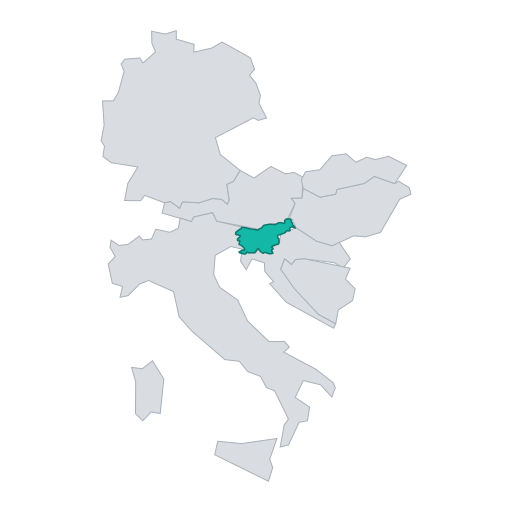 map of Slovenia with Austria, Hungary, Germany and 4 others greyed out
{"feature_id": "SVN", "entity_name": "Slovenia", "entity_type": "country or territory", "adm_level": 0, "iso_a3": "SVN", "parent_name": "Europe", "parent_adm1": "", "projection": "equal_earth", "projection_center": [14.844, 46.146], "detail": "fine", "context": "with_neighbors", "style": "filled", "palette": "teal", "viewbox_px": 512, "rotation_deg": 0, "n_neighbors": 7, "source": "natural_earth", "source_scale": "50m", "svg_char_len": 5070}
<svg xmlns="http://www.w3.org/2000/svg" viewBox="0 0 512 512"><path d="M302.8,177.0L302.0,198.2L291.4,198.3L295.1,203.5L285.4,223.3L268.9,223.9L259.3,229.4L216.6,221.2L212.5,212.7L193.8,217.0L191.5,221.6L162.1,213.1L164.6,202.8L170.3,201.5L179.6,208.2L182.5,201.8L199.0,202.8L212.5,198.5L221.5,199.3L227.3,204.2L229.1,200.1L226.7,184.4L233.4,181.4L240.1,170.4L253.9,178.0L270.9,166.5L285.4,173.8L294.1,172.5L302.8,177.0Z" fill="#d9dde1" stroke="#a8b0b8" stroke-width="1"/><path d="M398.6,181.2L409.3,187.7L410.9,194.2L399.6,199.3L380.6,232.3L365.5,236.9L353.6,235.8L332.2,245.9L316.3,241.2L295.9,227.7L292.2,219.4L289.0,219.1L295.1,203.5L291.4,198.3L302.0,198.2L303.3,188.4L319.9,197.2L335.6,194.2L337.0,189.4L364.2,183.5L374.4,176.4L394.7,183.7L398.6,181.2Z" fill="#d9dde1" stroke="#a8b0b8" stroke-width="1"/><path d="M250.4,57.8L254.5,69.2L249.5,75.2L256.0,83.3L260.4,95.4L259.0,103.3L266.5,118.0L258.3,120.4L253.5,117.8L215.4,137.6L220.3,154.5L240.1,170.4L233.4,181.4L226.7,184.4L229.1,200.1L227.3,204.2L221.5,199.3L212.5,198.5L199.0,202.8L182.5,201.8L179.6,208.2L170.3,201.5L164.6,202.8L144.7,195.4L140.6,200.7L124.6,200.5L127.8,183.4L137.9,167.0L111.3,162.7L102.9,156.5L104.5,146.1L101.1,140.8L104.1,125.1L102.5,100.9L113.4,100.9L118.4,92.3L124.1,71.5L121.1,63.9L124.9,59.2L139.9,58.0L143.0,62.9L155.6,51.9L151.9,43.6L151.6,31.2L164.9,34.1L176.3,30.7L176.3,39.2L194.1,44.3L193.7,52.2L211.9,48.0L222.0,42.0L250.4,57.8Z" fill="#d9dde1" stroke="#a8b0b8" stroke-width="1"/><path d="M295.9,227.7L316.3,241.2L332.2,245.9L339.2,242.3L350.3,258.9L343.1,268.2L334.4,262.7L304.6,258.9L295.7,259.5L291.6,264.6L284.6,258.9L280.7,269.3L318.3,314.2L335.7,323.8L333.6,328.2L286.0,302.1L269.7,283.6L273.6,281.8L264.8,271.3L264.4,262.9L252.1,258.9L246.2,269.7L240.6,261.3L241.7,252.3L255.1,253.2L258.6,249.0L272.5,253.5L272.5,246.6L279.1,244.1L280.9,234.2L295.9,227.7Z" fill="#d9dde1" stroke="#a8b0b8" stroke-width="1"/><path d="M180.1,218.1L191.5,221.6L193.8,217.0L212.5,212.7L216.6,221.2L243.6,227.5L241.5,239.6L246.0,250.1L230.9,246.5L215.2,255.3L213.7,274.7L219.8,287.4L237.8,300.1L247.5,321.0L269.1,341.6L284.5,341.4L289.3,347.1L283.8,352.2L316.0,369.3L333.2,382.8L335.3,387.7L331.8,397.0L320.6,384.8L303.3,380.6L295.2,397.4L309.6,407.1L307.4,420.8L299.1,422.3L288.5,444.9L280.2,447.0L284.2,424.8L288.5,419.1L274.6,390.8L266.4,387.6L260.5,376.4L247.9,371.7L239.4,361.3L224.8,359.6L192.0,331.3L179.1,316.7L173.6,291.7L148.7,280.5L139.7,283.9L128.1,295.6L120.0,297.4L122.6,286.5L112.3,283.3L108.2,264.0L115.2,256.5L110.0,247.2L111.1,240.2L119.0,245.5L128.3,244.3L139.3,236.0L142.4,239.9L151.5,239.1L155.9,229.2L169.9,232.3L178.4,228.2L180.1,218.1ZM241.2,443.6L276.9,438.5L269.7,459.3L272.7,467.6L268.5,481.3L214.8,454.8L217.7,441.2L241.2,443.6ZM142.4,368.7L152.5,360.7L163.8,379.1L160.2,413.6L151.2,411.9L142.8,420.7L135.5,413.7L135.7,382.2L131.6,367.4L142.4,368.7Z" fill="#d9dde1" stroke="#a8b0b8" stroke-width="1"/><path d="M406.7,165.4L394.7,183.7L374.4,176.4L364.2,183.5L337.0,189.4L335.6,194.2L319.9,197.2L303.3,188.4L301.3,180.1L305.4,171.8L319.9,169.7L332.0,155.7L346.2,153.9L355.8,162.3L366.6,157.2L375.4,159.6L388.6,156.3L406.7,165.4Z" fill="#d9dde1" stroke="#a8b0b8" stroke-width="1"/><path d="M335.7,323.8L318.3,314.2L294.4,288.7L280.7,269.3L284.6,258.9L291.6,264.6L295.7,259.5L304.6,258.9L350.1,268.2L345.5,279.1L355.1,288.8L352.6,300.6L338.3,309.9L335.7,323.8Z" fill="#d9dde1" stroke="#a8b0b8" stroke-width="1"/><path d="M295.0,227.8L293.3,227.2L291.3,226.9L290.9,227.2L290.1,227.6L289.7,228.1L290.0,230.5L289.6,230.9L287.3,230.6L286.5,230.9L285.3,232.5L284.0,233.2L282.4,233.7L281.2,234.3L279.6,234.8L278.4,235.1L277.8,235.8L277.5,236.6L277.6,237.3L278.9,238.8L279.1,240.4L279.0,242.4L278.7,243.4L278.2,244.1L274.9,245.0L271.6,246.6L271.5,247.0L273.0,248.4L273.1,248.8L271.8,249.6L271.7,250.4L271.8,251.3L272.5,252.3L272.8,253.2L270.9,253.8L268.4,253.6L265.4,252.4L264.4,252.5L263.4,253.2L262.3,252.9L261.2,252.1L259.6,250.6L258.8,249.6L258.5,248.6L258.1,248.5L257.4,248.8L256.8,250.0L255.3,252.2L254.3,252.8L252.6,252.7L250.3,252.7L248.8,252.9L247.1,252.1L246.6,252.3L246.6,252.8L246.0,253.6L244.9,254.1L239.8,252.9L239.1,251.9L240.3,251.5L241.9,250.2L242.9,250.3L244.2,250.1L244.8,249.5L244.0,247.9L241.9,245.9L240.8,245.1L239.3,244.6L239.0,244.1L239.9,241.0L239.6,240.5L237.9,240.7L237.5,240.3L237.4,239.8L237.5,239.0L238.7,237.8L240.0,236.7L240.3,236.1L240.3,235.7L238.6,235.2L237.6,234.7L236.8,234.5L236.3,234.8L235.9,234.5L235.5,233.6L235.9,232.2L237.4,231.0L239.0,229.8L240.4,229.0L241.2,228.7L241.6,227.3L242.5,227.4L244.1,227.5L246.0,227.8L247.7,228.2L249.2,228.7L252.4,229.2L255.3,229.5L256.1,229.8L256.8,229.8L257.7,230.2L258.2,229.9L258.6,229.3L260.2,228.6L261.7,227.8L262.7,226.7L263.2,225.8L264.2,225.2L265.3,225.0L266.3,224.7L270.4,224.3L274.6,224.6L276.6,224.0L278.2,222.9L280.6,222.6L280.8,222.6L284.4,223.4L284.7,222.9L284.8,222.7L284.7,220.4L285.9,219.3L286.9,218.9L290.5,219.0L291.0,219.7L291.2,220.8L291.5,222.3L292.1,222.7L292.5,223.3L292.4,224.4L293.1,225.1L294.8,227.2L295.0,227.8Z" fill="#14b8a6" stroke="#0f766e" stroke-width="1.5"/></svg>